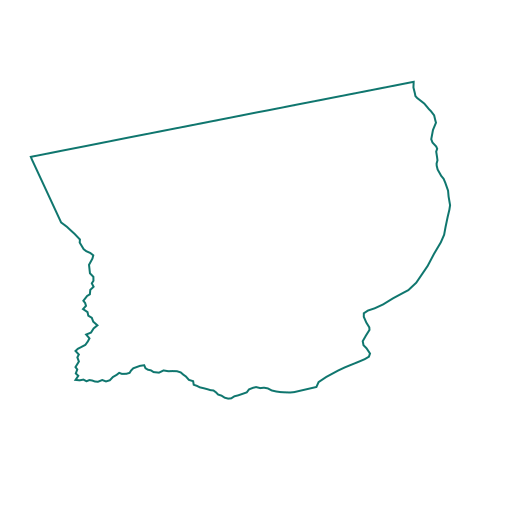 Exu, Pernambuco, Brazil, rotated 79°
{"feature_id": "56859067B93909789229404", "entity_name": "Exu", "entity_type": "district", "adm_level": 2, "iso_a3": "BRA", "parent_name": "Brazil", "parent_adm1": "Pernambuco", "projection": "equal_earth", "projection_center": [-39.683, -7.516], "detail": "fine", "context": "isolated", "style": "outline", "palette": "teal", "viewbox_px": 512, "rotation_deg": 79, "n_neighbors": 0, "source": "geoboundaries", "source_scale": "gbopen_adm2", "svg_char_len": 2361}
<svg xmlns="http://www.w3.org/2000/svg" viewBox="0 0 512 512"><g transform="rotate(79 256 256)"><path d="M115.1,68.0L115.2,155.6L115.2,188.3L115.3,216.3L115.2,227.6L115.3,257.7L115.4,343.7L115.4,358.4L115.6,402.5L115.6,417.3L115.6,427.2L115.7,458.1L118.4,457.6L153.5,448.9L185.9,440.9L191.3,436.0L194.5,433.7L197.2,431.7L199.6,429.9L206.2,425.7L209.2,426.5L216.4,423.9L218.9,421.7L221.4,418.1L224.3,415.6L227.4,417.1L232.8,421.6L241.3,422.3L245.4,419.6L249.3,420.3L251.5,422.4L255.2,421.3L257.6,425.1L261.9,426.4L263.0,429.4L267.0,434.0L269.5,432.7L272.5,432.4L275.1,435.9L278.9,432.1L282.6,432.0L285.3,429.0L289.4,428.3L293.8,424.9L296.1,429.2L299.7,432.6L300.7,437.7L305.1,435.2L307.8,437.4L310.7,440.5L313.1,448.6L314.8,451.3L318.9,448.7L321.4,450.7L325.8,450.0L330.6,454.4L333.3,453.1L336.9,455.3L339.7,453.3L343.2,456.8L344.4,452.8L344.4,449.0L346.6,446.3L346.0,443.2L347.0,440.5L348.4,438.2L349.3,435.2L348.4,430.6L350.5,427.2L350.1,423.2L347.5,419.6L346.1,415.5L344.6,412.6L346.1,410.2L346.9,405.8L346.6,402.4L344.6,400.5L342.8,397.9L342.3,394.7L341.7,390.9L341.9,386.6L345.1,385.9L347.0,383.8L348.2,381.0L350.4,378.7L352.0,373.5L350.7,368.6L352.4,364.0L353.0,360.1L354.0,355.6L355.9,352.1L358.6,350.0L360.9,347.8L364.8,345.5L366.9,341.6L370.5,341.7L372.2,338.8L374.2,336.2L375.9,332.4L377.6,328.9L379.0,326.3L379.9,323.4L382.2,321.3L384.8,319.6L386.5,316.5L389.1,313.8L390.7,310.5L391.0,307.5L389.6,304.0L389.4,300.2L388.7,295.1L388.1,291.1L385.6,288.3L384.8,284.0L384.7,280.9L386.5,277.0L386.8,273.3L388.2,269.7L391.0,266.2L392.9,261.9L394.3,257.8L395.3,253.8L396.5,248.6L396.9,244.5L396.1,221.7L391.7,218.6L388.1,210.0L384.1,197.2L382.3,190.1L381.3,185.1L379.0,173.5L378.0,168.9L376.4,164.4L373.5,162.7L367.7,165.1L364.1,167.5L360.0,167.5L355.0,163.2L350.2,158.7L347.7,158.4L342.4,160.4L336.3,161.8L332.8,161.1L330.9,156.5L330.0,149.5L327.8,140.5L324.6,132.0L323.6,129.3L320.0,117.7L318.6,113.0L312.8,103.8L298.5,89.4L287.8,80.8L277.9,72.0L271.1,67.3L263.7,64.4L254.2,60.4L247.6,57.4L243.2,55.8L234.3,55.6L228.5,55.0L220.3,56.2L216.0,57.1L212.7,58.9L205.8,61.2L201.9,61.4L199.7,61.1L196.7,59.6L193.4,59.4L187.9,59.2L185.3,57.7L182.9,58.2L178.3,61.1L174.8,61.7L166.0,58.2L159.5,53.9L156.9,54.1L151.9,54.3L147.1,56.7L144.9,58.2L138.5,61.7L131.6,67.7L129.4,69.0L126.6,69.0L120.6,69.3L115.1,68.0Z" fill="none" stroke="#0f766e" stroke-width="2"/></g></svg>